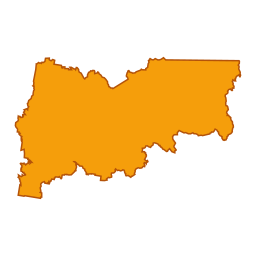 Yarra Ranges, Victoria, Australia (Mercator projection)
{"feature_id": "25037944B70077936823133", "entity_name": "Yarra Ranges", "entity_type": "district", "adm_level": 2, "iso_a3": "AUS", "parent_name": "Australia", "parent_adm1": "Victoria", "projection": "mercator", "projection_center": [145.617, -37.75], "detail": "fine", "context": "isolated", "style": "filled", "palette": "amber", "viewbox_px": 256, "rotation_deg": 0, "n_neighbors": 0, "source": "geoboundaries", "source_scale": "gbopen_adm2", "svg_char_len": 5724}
<svg xmlns="http://www.w3.org/2000/svg" viewBox="0 0 256 256"><path d="M240.5,77.2L239.9,76.5L240.6,75.2L240.1,73.8L240.2,72.2L238.7,68.9L239.1,66.9L238.8,65.7L238.2,65.1L239.3,63.4L239.4,61.2L239.0,60.7L165.7,59.9L163.5,57.7L161.1,59.3L159.3,59.9L157.8,59.9L155.2,58.6L153.6,59.8L152.1,59.8L150.1,58.6L149.4,59.4L149.6,60.2L148.5,60.6L149.0,62.3L148.2,63.6L147.6,67.4L145.8,68.6L145.8,69.9L142.4,69.8L141.3,69.2L140.7,70.1L136.1,71.8L135.2,72.8L132.5,73.2L131.9,72.6L130.0,72.3L128.9,70.6L128.4,70.6L127.8,71.2L127.9,72.0L127.2,72.7L126.4,75.5L126.5,76.6L127.0,76.7L127.7,77.8L128.1,79.2L112.9,88.6L112.3,88.0L110.7,88.0L109.5,86.8L108.8,86.6L108.4,84.6L107.6,83.7L107.5,81.7L105.7,79.2L104.2,77.7L102.2,77.2L100.9,75.1L99.2,73.9L98.5,72.4L97.8,72.0L97.2,73.0L94.7,73.6L94.7,71.3L94.3,70.6L92.8,70.4L92.2,71.0L90.7,70.8L89.6,72.1L88.7,72.3L87.5,74.8L87.5,76.8L85.8,77.6L84.8,78.9L83.8,78.0L81.1,73.1L79.3,72.2L78.6,70.5L78.6,69.4L77.1,67.6L76.3,67.5L75.6,69.7L75.1,69.0L74.0,68.9L71.3,67.3L70.0,67.3L71.5,69.7L68.6,69.7L68.6,68.6L64.9,68.6L64.9,66.9L63.0,66.9L62.8,68.0L61.9,67.8L61.4,65.4L54.0,64.2L54.7,60.3L52.7,59.5L51.1,60.8L49.2,59.7L49.3,58.1L45.5,58.3L44.9,61.5L43.1,62.6L42.0,62.2L41.3,63.4L40.5,62.9L39.7,63.2L38.6,62.5L36.8,64.0L36.3,63.9L35.8,69.4L33.5,81.3L33.9,82.8L33.6,84.8L33.8,85.4L32.9,85.9L34.2,86.9L33.8,88.1L34.3,89.6L33.6,90.7L33.1,93.5L33.2,94.8L31.7,96.2L31.2,98.5L28.7,100.5L28.0,103.1L27.4,103.5L27.9,106.0L28.7,106.7L27.7,108.4L27.6,109.8L26.5,108.8L24.1,109.8L24.7,110.3L24.6,111.3L23.6,112.2L25.3,114.6L23.4,114.4L23.4,114.8L23.0,114.9L23.4,115.0L23.3,115.4L22.7,115.1L22.7,116.0L23.0,116.2L22.7,116.4L23.0,116.8L22.7,117.3L20.6,117.5L20.3,117.2L20.5,117.0L19.8,116.3L18.9,116.6L18.3,116.1L18.0,118.3L18.4,119.4L18.1,120.8L15.7,122.7L15.4,125.6L15.9,127.0L17.4,128.8L17.6,129.6L17.3,131.9L19.0,132.1L18.9,133.1L20.0,133.4L19.2,134.3L20.8,136.0L21.8,136.5L21.4,137.3L21.7,138.5L21.2,138.3L21.2,138.7L21.3,140.2L22.0,140.3L21.6,141.2L22.2,142.1L21.0,150.3L24.1,149.3L24.5,153.5L24.3,157.6L28.0,158.4L27.8,159.5L28.8,159.6L29.4,160.0L29.2,160.2L30.1,160.4L31.7,162.2L31.2,162.1L30.6,163.1L29.7,161.9L29.9,161.5L29.0,161.2L28.3,161.7L28.8,163.3L28.1,162.8L25.9,164.6L25.9,164.2L24.0,163.9L24.0,163.2L23.2,163.4L23.3,163.8L20.9,163.2L20.4,163.7L22.0,165.8L21.8,167.4L21.4,167.4L21.2,168.4L21.4,169.0L20.9,169.1L21.0,171.1L22.3,171.6L22.8,172.6L23.9,172.5L23.9,173.3L25.9,174.7L25.0,174.6L25.2,175.0L23.3,175.4L22.2,174.7L22.2,176.1L21.1,176.7L18.5,175.0L18.8,176.5L18.1,177.2L19.6,178.6L19.4,179.1L20.1,180.3L20.0,181.3L20.6,182.2L20.9,185.4L19.9,184.8L18.2,195.2L24.1,196.2L24.7,195.7L40.5,198.3L40.7,197.1L41.7,197.1L41.7,192.9L40.2,192.4L40.9,191.5L40.2,187.8L41.1,186.2L40.7,184.2L41.1,183.6L42.1,182.5L44.3,181.6L44.8,182.3L44.8,183.1L46.9,183.5L47.5,183.1L47.4,183.6L48.6,183.8L48.8,182.1L49.5,183.2L50.3,180.9L50.9,181.1L51.7,179.1L54.2,179.5L54.4,178.0L55.0,177.9L55.2,177.1L55.7,176.9L58.6,177.2L59.3,176.6L61.1,178.7L61.7,178.1L62.1,175.2L62.9,174.9L64.3,175.1L64.8,174.4L66.8,174.7L66.9,174.4L68.8,175.0L71.3,174.8L74.5,171.7L74.9,170.8L75.7,170.9L76.0,170.3L75.7,169.5L76.5,167.2L76.4,165.8L75.9,165.0L76.0,163.5L75.4,162.3L74.2,161.8L74.1,161.7L74.9,161.7L76.3,162.8L77.0,163.7L77.0,164.4L78.5,164.5L79.5,166.0L82.0,166.2L82.5,166.6L83.1,168.3L84.8,169.2L84.8,170.3L86.4,172.8L86.1,174.0L86.4,174.3L86.8,173.6L88.0,174.7L88.2,174.1L90.5,173.8L91.2,174.1L91.6,173.7L95.2,174.3L95.0,175.2L101.0,176.2L100.5,180.4L104.5,180.6L107.1,180.0L106.6,178.9L108.4,177.4L109.5,177.7L111.6,177.1L111.7,176.0L111.2,174.7L111.5,173.1L113.8,172.9L115.4,171.4L115.1,169.6L115.6,168.9L117.3,170.5L118.7,170.2L120.6,170.9L122.0,170.5L122.8,169.8L124.2,170.3L124.8,172.9L125.8,173.9L125.5,174.8L126.1,175.8L128.2,175.5L130.8,177.3L131.7,176.2L132.3,176.2L134.9,174.4L134.4,173.3L135.1,171.9L135.2,171.0L135.0,170.6L136.0,168.9L138.2,167.7L139.8,168.2L141.8,167.9L143.1,166.5L143.9,166.2L144.6,166.6L144.9,165.6L144.0,163.5L144.4,162.6L145.5,162.9L146.2,163.8L146.4,162.7L147.9,161.7L147.4,160.5L146.4,161.0L144.6,159.5L146.4,156.0L146.3,154.8L145.8,154.7L145.6,152.9L144.7,152.8L144.8,152.1L144.4,151.7L142.0,151.8L142.6,149.7L142.3,148.3L144.6,148.0L145.3,147.3L145.8,146.0L147.3,145.8L148.5,146.7L150.6,147.4L151.2,146.3L153.1,144.9L153.2,143.1L154.6,142.8L157.7,143.8L159.1,145.5L159.4,145.4L159.8,145.9L160.1,145.7L160.6,147.0L161.5,147.2L163.0,149.3L163.8,149.4L166.5,151.5L167.5,151.3L167.9,150.3L169.6,148.7L171.9,151.7L174.8,152.8L174.9,150.7L176.0,150.3L176.1,149.8L174.1,147.2L173.9,146.2L175.5,143.1L172.8,139.2L172.6,136.5L174.2,134.7L177.4,134.7L177.3,132.7L179.1,130.5L184.0,132.9L185.7,132.6L188.4,133.8L190.6,133.8L192.9,132.8L193.9,133.7L196.1,133.8L197.8,134.7L198.3,135.7L201.2,135.2L202.6,135.6L209.8,133.9L209.9,133.3L211.1,132.8L211.5,132.0L213.1,132.1L213.9,131.4L215.1,129.1L216.8,130.0L217.8,131.7L218.5,132.0L218.6,133.6L219.9,135.5L222.0,136.6L221.9,138.0L223.0,139.9L223.9,140.3L224.2,139.8L224.8,140.2L226.1,139.8L226.4,138.8L227.0,138.1L227.0,136.6L228.1,135.8L228.2,134.8L230.7,133.7L231.8,132.6L232.3,131.7L232.1,131.2L232.7,128.2L233.4,127.1L233.2,125.0L232.6,124.4L232.4,121.8L231.1,120.1L230.6,118.5L230.9,117.9L230.3,117.0L229.5,116.8L228.6,115.3L227.2,115.4L227.5,114.2L226.6,112.9L226.8,111.6L228.3,109.6L227.7,106.7L227.0,105.8L226.2,105.8L225.8,105.1L225.7,102.4L226.2,101.2L225.8,97.8L225.1,96.1L225.4,94.8L227.6,93.3L228.0,91.9L227.5,91.2L228.7,89.6L230.4,89.0L231.5,90.4L232.2,90.5L232.5,90.1L232.1,88.9L232.4,88.0L233.8,88.2L234.0,86.4L232.9,84.2L233.2,83.6L232.3,81.3L232.9,80.9L232.9,79.9L234.7,80.9L235.6,80.9L235.0,79.2L235.5,79.1L235.9,77.5L236.6,76.3L239.1,74.8L239.6,75.3L239.5,76.5L240.5,77.2Z" fill="#f59e0b" stroke="#b45309" stroke-width="1.5"/></svg>